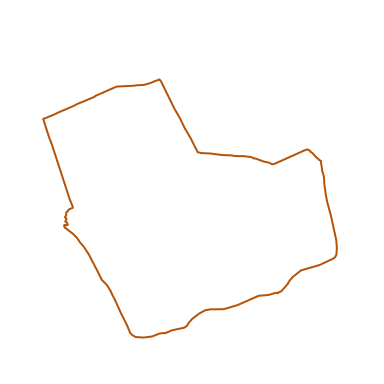 outline of Malacatancito, Huehuetenango, Guatemala, rotated 158°
{"feature_id": "79465075B52740095306971", "entity_name": "Malacatancito", "entity_type": "district", "adm_level": 2, "iso_a3": "GTM", "parent_name": "Guatemala", "parent_adm1": "Huehuetenango", "projection": "equal_earth", "projection_center": [-91.474, 15.234], "detail": "fine", "context": "isolated", "style": "outline", "palette": "amber", "viewbox_px": 384, "rotation_deg": 158, "n_neighbors": 0, "source": "geoboundaries", "source_scale": "gbopen_adm2", "svg_char_len": 1843}
<svg xmlns="http://www.w3.org/2000/svg" viewBox="0 0 384 384"><g transform="rotate(158 192 192)"><path d="M150.1,66.0L149.2,66.5L146.4,66.5L137.4,71.0L136.9,71.8L135.4,72.7L134.8,73.2L130.4,75.5L120.2,78.5L100.9,76.5L85.4,77.4L83.7,78.0L81.6,79.8L78.7,85.7L76.3,93.2L72.1,117.7L70.3,132.6L68.7,140.4L68.1,142.6L66.2,150.3L64.5,155.0L63.9,157.2L63.3,163.4L62.7,165.0L61.5,170.5L60.7,172.3L62.4,174.6L62.5,175.7L63.5,176.8L65.7,182.9L67.0,184.8L66.9,185.4L68.5,187.9L70.8,188.5L105.1,187.2L107.4,187.7L109.4,190.2L114.4,193.6L120.6,199.3L122.1,199.9L123.8,202.1L130.5,205.8L138.4,209.1L141.9,211.3L149.7,214.7L160.9,221.0L168.6,224.5L171.8,226.8L173.2,243.2L174.9,254.6L175.5,264.7L177.0,275.0L179.3,306.1L180.0,308.5L185.7,308.7L188.9,308.6L191.2,308.7L197.0,309.4L202.4,311.4L206.0,312.3L222.5,318.0L245.1,317.3L247.3,316.8L258.4,316.6L264.9,316.6L270.7,316.1L286.4,315.8L289.8,315.5L302.1,315.4L302.6,315.4L302.9,311.5L304.0,296.4L304.1,289.1L308.1,231.1L308.1,222.8L308.6,222.0L309.9,222.0L311.9,222.0L313.4,221.7L314.3,220.6L315.5,220.5L316.3,220.2L317.4,217.5L318.5,216.8L319.1,216.5L319.0,215.5L318.6,215.1L318.5,214.0L319.0,213.1L320.4,212.3L320.4,211.5L319.6,210.7L319.4,209.9L319.4,208.5L319.8,208.1L320.4,207.9L322.1,209.0L322.6,209.1L323.2,208.8L323.3,207.9L323.2,207.0L323.1,206.4L317.9,197.6L315.8,192.4L314.6,186.9L313.6,184.1L312.8,181.7L312.0,177.2L311.0,172.8L310.4,164.8L310.0,162.1L309.7,158.3L309.2,153.4L308.6,144.5L305.8,137.8L304.6,131.0L304.4,126.0L304.0,123.0L303.8,118.8L303.6,115.5L303.3,106.9L302.2,93.4L302.1,84.9L301.1,81.8L298.5,78.6L291.2,75.1L283.0,73.0L274.5,72.9L269.2,71.1L262.6,71.3L250.0,69.1L247.1,69.7L243.4,72.3L239.0,74.4L231.1,76.6L223.9,77.4L218.5,76.2L215.6,75.0L206.6,71.5L192.2,70.1L191.2,70.1L169.0,70.8L159.8,67.9L151.7,67.1L150.1,66.0Z" fill="none" stroke="#b45309" stroke-width="2"/></g></svg>